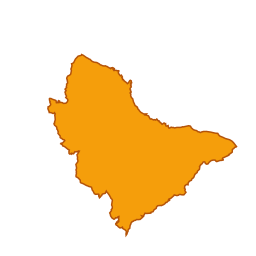 Berislavesti, Vâlcea, Romania (orthographic projection), rotated 140°
{"feature_id": "2599482B15216043869555", "entity_name": "Berislavesti", "entity_type": "district", "adm_level": 2, "iso_a3": "ROU", "parent_name": "Romania", "parent_adm1": "Vâlcea", "projection": "orthographic", "projection_center": [24.443, 45.275], "detail": "fine", "context": "isolated", "style": "filled", "palette": "amber", "viewbox_px": 256, "rotation_deg": 140, "n_neighbors": 0, "source": "geoboundaries", "source_scale": "gbopen_adm2", "svg_char_len": 5834}
<svg xmlns="http://www.w3.org/2000/svg" viewBox="0 0 256 256"><g transform="rotate(140 128 128)"><path d="M133.8,209.9L134.5,208.3L137.3,206.1L139.0,206.0L140.4,206.5L141.8,206.2L142.7,205.7L143.4,205.0L143.4,204.2L143.7,203.6L144.2,203.3L144.4,202.6L145.4,201.2L146.9,201.1L147.3,200.3L148.7,199.3L149.1,198.4L150.8,198.4L151.3,198.1L151.5,197.7L151.2,196.9L151.4,196.4L153.2,196.0L153.6,194.8L154.2,194.1L154.5,192.2L155.0,191.7L156.1,191.4L155.8,188.9L156.1,188.0L157.5,187.1L159.6,186.9L161.5,188.2L162.2,190.0L164.3,191.8L163.5,191.9L163.2,192.3L163.6,192.7L163.3,193.0L163.5,193.5L164.0,193.3L164.4,193.5L164.9,193.0L164.7,192.3L164.9,192.1L166.6,193.4L165.6,195.1L165.6,195.6L167.4,198.6L168.1,200.2L169.0,201.0L169.5,200.9L170.3,199.6L170.7,198.9L170.7,198.2L171.5,197.6L171.6,196.6L172.2,195.6L172.9,195.3L174.9,195.2L175.5,195.6L177.0,194.2L177.9,191.4L177.8,191.2L178.4,190.5L177.0,189.1L176.1,187.3L175.3,186.9L174.5,186.9L175.0,186.0L174.7,185.6L176.2,184.5L176.6,183.6L178.5,181.0L180.4,179.8L180.9,179.0L181.7,179.1L182.3,178.1L182.4,177.2L182.0,174.9L182.2,174.7L182.3,174.1L183.2,172.8L183.1,171.9L183.7,170.7L183.7,170.1L185.1,168.9L185.1,165.4L186.0,164.5L186.1,163.8L185.6,162.9L185.3,161.1L184.4,159.8L184.6,158.9L187.8,158.6L189.1,159.4L189.7,159.2L189.1,157.3L189.5,156.1L189.0,155.5L188.4,154.0L187.7,150.3L187.1,148.8L188.4,147.9L189.5,146.4L189.4,145.5L188.5,145.1L188.3,144.5L187.6,145.0L187.2,144.1L186.6,144.0L186.6,143.5L186.4,143.3L185.9,143.3L183.9,144.0L183.3,143.2L182.3,142.8L182.0,142.2L180.8,142.3L180.2,141.6L183.3,140.4L184.3,140.3L185.5,137.9L186.8,136.7L187.0,135.8L187.6,134.9L188.2,134.4L191.3,133.6L192.9,130.7L193.8,129.8L194.7,129.4L195.6,127.6L196.3,127.1L196.8,126.2L198.1,125.3L199.1,124.1L198.3,121.9L198.1,118.8L199.4,117.0L199.4,116.4L198.1,114.1L196.8,110.7L196.0,109.4L195.5,108.2L194.5,107.0L194.1,106.0L195.3,103.3L195.3,102.0L196.0,99.3L195.4,98.0L193.6,96.7L193.0,96.1L193.1,95.7L193.5,95.0L193.8,95.1L194.2,94.7L194.3,93.9L194.7,92.9L193.6,92.9L192.4,93.3L191.6,93.1L190.7,93.7L190.0,93.8L187.4,92.6L185.2,93.6L185.4,92.6L185.3,91.4L185.5,88.6L186.0,85.9L186.3,85.1L186.1,83.7L186.4,82.7L190.0,79.6L190.6,77.8L191.8,76.5L193.2,76.3L193.9,75.3L196.6,74.7L197.0,73.3L197.8,71.9L198.1,69.4L197.4,67.1L196.6,66.9L195.1,67.2L194.3,66.2L192.6,66.4L191.9,66.1L193.7,64.3L194.1,63.4L194.8,63.1L195.3,62.2L195.7,62.3L195.7,63.0L196.5,62.4L197.1,63.2L197.4,63.0L197.8,62.2L198.7,62.7L199.2,62.3L199.4,61.1L198.9,60.2L198.9,58.7L198.5,56.8L197.5,56.0L196.0,55.6L196.6,54.4L195.6,51.4L195.8,49.5L196.6,49.1L197.0,48.3L197.7,48.2L197.9,47.6L198.3,47.1L197.1,47.4L195.1,48.7L194.6,48.7L193.6,49.7L192.5,50.1L191.2,50.0L188.8,52.2L188.1,52.3L186.7,53.3L185.8,53.3L185.1,53.7L184.0,53.2L182.8,53.2L181.7,52.5L180.1,52.3L179.3,51.4L177.5,50.2L174.2,50.2L173.9,50.4L173.9,51.7L173.4,51.0L173.4,50.4L172.8,50.3L172.1,51.0L171.3,51.1L169.8,51.8L168.6,50.5L165.3,48.2L165.1,48.6L164.7,48.7L162.6,47.8L160.6,48.6L158.1,48.3L156.8,49.2L155.3,49.4L153.0,47.9L152.5,47.2L149.9,46.4L148.2,46.3L147.0,46.7L146.1,46.0L144.6,46.4L143.7,46.0L143.4,46.2L142.6,45.9L142.4,46.1L142.8,47.1L142.0,47.3L140.5,46.6L136.2,46.7L135.6,47.0L134.0,44.8L132.6,44.1L131.5,44.1L130.6,43.4L129.8,42.3L128.2,40.9L124.9,41.5L124.8,42.8L124.5,43.8L123.6,44.2L123.4,44.7L123.5,45.6L122.4,46.4L122.0,47.0L121.4,47.2L119.4,47.1L118.5,45.9L117.3,47.2L115.2,47.8L113.0,47.2L112.3,47.7L111.2,48.0L110.6,47.8L109.4,47.9L106.4,49.6L105.8,49.4L104.9,49.6L104.2,49.4L103.4,49.6L102.6,50.3L99.9,50.4L98.2,51.9L98.0,52.5L97.2,52.6L96.7,53.0L96.0,52.9L95.7,53.2L94.2,53.0L92.3,53.6L91.5,53.2L91.0,52.5L91.5,51.1L91.2,50.4L91.2,50.0L90.8,49.6L89.8,49.1L87.8,49.6L85.3,49.6L83.4,48.7L82.0,47.5L81.8,46.7L82.0,46.0L81.6,45.2L78.4,44.0L77.1,43.0L75.6,42.3L75.4,42.6L75.5,43.7L74.7,44.1L68.4,42.4L68.2,42.8L67.6,42.9L67.3,42.5L65.9,42.8L65.1,42.5L63.7,42.5L61.8,44.5L60.2,44.3L58.6,44.6L57.5,44.0L56.8,44.0L56.6,49.0L56.8,51.1L57.7,53.7L60.2,57.4L61.3,59.9L62.7,62.5L63.0,63.7L62.7,66.2L64.5,68.0L67.3,71.7L70.2,75.0L72.4,76.8L74.5,77.8L75.2,77.8L75.6,78.2L76.0,79.3L76.8,80.1L77.1,81.9L78.2,83.3L79.0,84.8L79.4,87.7L79.0,88.8L79.0,89.3L80.0,90.7L84.9,93.3L85.6,94.0L86.5,94.2L87.8,95.0L90.1,97.0L92.3,98.1L93.0,99.4L93.8,99.9L94.4,100.9L96.2,101.2L96.6,101.5L96.6,102.4L95.7,104.1L97.0,104.5L97.6,105.3L96.4,107.2L97.1,107.5L97.2,107.9L97.0,108.4L97.3,108.7L99.5,108.9L99.5,110.7L99.8,111.1L99.6,111.5L99.8,111.7L99.8,112.1L100.1,112.9L99.7,113.2L99.6,113.6L100.4,114.6L100.1,115.9L100.2,116.4L101.7,116.3L102.2,117.3L103.1,117.6L103.4,118.3L103.8,118.8L104.1,119.9L105.0,120.4L105.2,120.8L104.5,124.1L105.4,125.8L106.4,126.9L104.9,127.0L106.9,128.6L108.1,131.8L108.2,133.7L108.0,135.4L108.2,136.4L107.5,137.7L107.4,138.2L107.8,138.8L107.7,139.4L108.2,140.6L107.4,142.9L107.2,144.1L105.6,147.4L105.8,149.0L105.3,150.9L104.0,152.2L103.9,153.5L102.8,153.6L103.1,153.1L102.4,153.6L102.1,154.8L101.6,155.4L101.7,155.9L101.5,156.5L100.9,157.0L99.1,157.5L98.5,159.1L98.3,159.0L98.3,158.7L97.9,159.3L97.3,159.7L97.3,160.6L96.8,160.7L96.1,160.4L96.0,161.1L95.4,161.6L95.2,162.1L95.6,163.1L96.4,163.1L98.8,162.3L100.0,162.4L99.9,163.4L100.7,166.8L100.5,167.0L100.5,167.9L101.0,168.5L100.6,168.7L100.2,170.7L99.5,170.7L99.1,172.7L100.3,172.9L100.2,175.7L99.9,176.6L98.6,177.4L99.1,177.8L99.1,178.2L98.8,178.3L99.7,179.1L99.9,179.6L101.0,180.7L101.8,181.0L101.7,182.1L101.2,181.4L100.3,182.2L100.7,183.6L101.1,184.3L101.7,184.4L102.2,185.0L103.1,184.6L104.2,187.5L104.4,188.4L105.0,189.2L105.2,190.0L106.6,191.0L107.6,192.3L108.0,193.4L108.6,194.1L108.8,195.6L109.8,198.2L111.8,200.4L112.7,202.3L113.0,205.2L113.6,206.0L113.9,207.4L114.5,208.5L115.5,212.4L116.3,214.0L116.6,213.7L117.1,213.7L120.0,215.1L124.0,214.6L127.6,213.0L129.4,213.2L129.9,213.5L130.9,211.7L133.2,210.1L133.8,209.9Z" fill="#f59e0b" stroke="#b45309" stroke-width="1.5"/></g></svg>